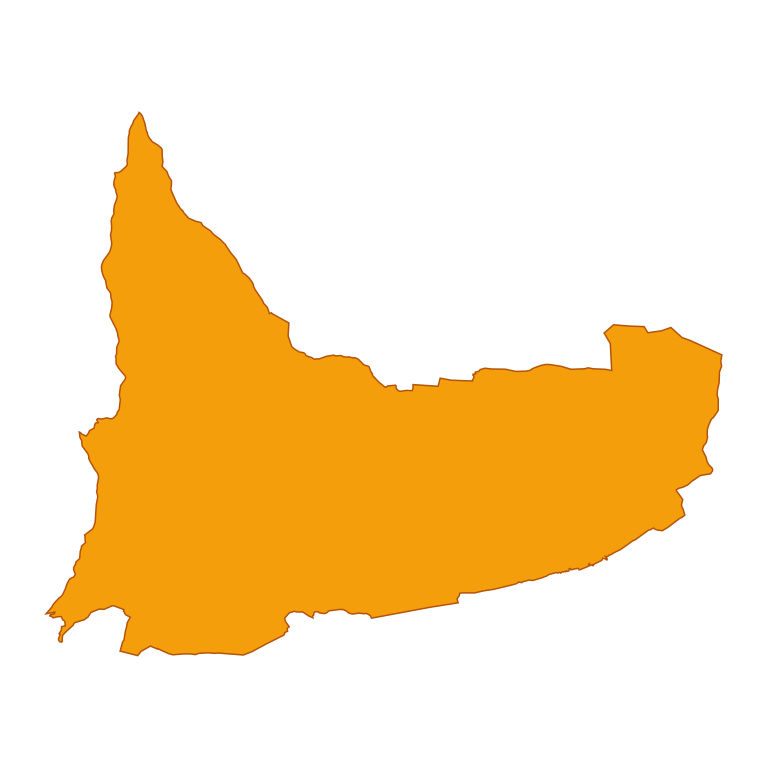 Gradistea, Vâlcea, Romania (Equal Earth projection)
{"feature_id": "2599482B19326472109269", "entity_name": "Gradistea", "entity_type": "district", "adm_level": 2, "iso_a3": "ROU", "parent_name": "Romania", "parent_adm1": "Vâlcea", "projection": "equal_earth", "projection_center": [23.805, 44.907], "detail": "fine", "context": "isolated", "style": "filled", "palette": "amber", "viewbox_px": 768, "rotation_deg": 0, "n_neighbors": 0, "source": "geoboundaries", "source_scale": "gbopen_adm2", "svg_char_len": 6035}
<svg xmlns="http://www.w3.org/2000/svg" viewBox="0 0 768 768"><path d="M157.4,649.0L157.8,648.5L159.6,649.6L169.1,653.8L173.0,654.8L183.2,653.9L190.1,653.9L195.3,654.6L198.5,653.4L208.7,652.8L214.5,653.4L217.7,653.0L243.3,655.0L252.1,651.6L266.5,643.8L283.7,635.2L284.5,634.2L284.7,632.6L287.6,631.2L287.1,628.5L289.2,626.8L285.4,621.4L284.7,618.6L285.1,617.7L289.3,612.8L294.4,611.3L296.4,611.9L302.7,612.0L308.7,615.9L312.9,617.8L312.6,616.7L312.7,615.7L313.7,615.0L313.8,613.4L314.4,612.3L315.2,611.7L318.5,611.8L319.3,612.9L324.4,613.6L326.4,613.0L328.5,611.2L330.0,610.7L339.2,609.5L342.9,609.5L346.7,611.1L348.6,613.0L352.5,614.1L359.0,613.1L363.7,613.7L366.8,613.5L370.0,615.4L370.9,616.6L371.4,618.1L371.9,618.1L429.8,607.3L458.2,602.8L457.0,598.9L459.2,595.8L459.7,593.2L461.9,592.9L474.6,592.9L483.9,590.8L493.3,589.4L514.0,584.4L516.5,583.6L519.0,582.0L521.7,582.7L522.5,581.9L528.9,580.1L532.7,580.5L541.0,578.1L546.8,575.9L549.0,574.5L555.7,572.7L556.7,572.6L557.7,573.1L559.4,572.4L560.7,573.1L562.4,571.7L563.5,572.0L565.2,571.3L565.6,571.7L566.3,571.1L566.9,571.4L568.9,570.9L569.2,568.8L570.4,568.5L571.0,569.8L577.9,568.3L578.7,568.8L579.0,569.8L580.1,569.7L588.1,566.4L589.2,563.6L589.5,563.5L589.8,565.7L592.3,564.8L592.7,565.6L593.3,565.6L593.8,564.3L601.8,560.3L602.8,558.3L604.9,558.7L606.7,559.9L607.1,559.8L607.1,558.8L606.1,558.2L606.5,557.4L605.5,556.4L607.6,556.6L608.8,555.4L611.8,554.2L614.0,552.7L620.6,549.5L632.5,541.0L635.4,539.7L648.4,530.2L650.4,529.7L653.5,528.0L655.1,529.3L657.3,530.0L662.3,530.7L667.7,527.5L679.7,518.4L682.2,517.2L684.8,515.2L683.3,509.7L681.6,506.2L681.6,504.2L682.7,499.5L676.3,490.6L676.3,489.7L679.3,488.1L683.0,487.2L687.9,484.8L691.5,481.5L698.0,477.1L699.0,476.2L701.3,475.3L710.5,473.8L712.4,471.1L712.7,470.1L712.3,468.4L708.8,464.7L706.9,461.3L706.1,457.3L702.5,450.1L702.5,449.3L703.8,445.5L705.6,443.6L706.6,441.6L707.2,438.3L707.7,437.2L707.2,435.2L707.4,429.2L708.9,424.6L711.3,419.3L713.4,417.5L718.2,410.5L718.3,399.1L717.2,395.6L717.2,393.0L717.6,389.3L719.1,382.8L719.5,371.9L721.6,366.1L720.8,361.2L721.9,354.9L690.4,340.6L682.1,337.6L670.9,327.5L661.5,330.8L647.9,332.7L644.1,326.6L629.6,326.1L613.6,324.8L604.1,333.0L610.3,343.6L611.7,370.5L605.4,369.3L593.2,368.8L588.2,367.8L584.3,368.8L571.1,369.3L561.4,366.4L550.1,364.6L546.0,364.4L540.9,365.5L536.3,367.1L532.8,368.5L529.9,370.4L525.6,371.2L515.5,371.4L505.3,369.2L491.5,369.0L484.9,368.2L480.2,369.6L478.9,371.2L475.5,372.0L475.2,372.5L475.3,373.3L475.8,373.6L475.6,373.9L473.1,374.2L472.9,374.9L473.8,375.1L473.5,375.9L473.9,376.9L473.4,378.7L472.5,379.8L472.4,381.0L451.2,380.2L440.2,378.2L438.1,386.3L413.0,384.6L413.0,388.3L412.2,390.7L406.3,390.4L400.5,391.3L398.1,390.6L396.6,389.0L396.1,387.8L396.0,385.6L395.5,385.2L387.8,385.9L385.9,387.2L384.7,386.9L378.6,381.9L372.7,375.6L372.4,374.8L372.5,373.8L371.2,372.3L368.9,366.5L363.8,364.8L358.6,359.5L356.7,358.4L354.8,357.7L352.9,357.9L348.8,356.9L346.8,357.1L343.9,356.8L340.7,355.5L335.4,356.0L334.0,355.1L326.4,356.3L319.0,359.0L316.4,358.8L314.5,359.3L311.6,357.5L308.6,356.7L305.9,355.4L304.9,353.6L303.6,352.7L299.1,351.9L294.0,348.7L291.7,346.5L288.1,336.0L288.9,323.0L272.4,313.8L271.4,312.8L269.5,313.6L267.3,307.3L263.7,303.4L262.4,300.4L255.2,289.8L253.7,286.7L253.2,284.2L252.5,282.7L249.3,278.2L244.8,274.1L242.7,272.9L236.3,259.6L230.2,252.1L225.1,244.3L220.0,239.2L213.7,234.6L210.4,230.8L202.9,225.8L201.1,222.6L195.9,221.3L188.7,218.3L184.0,213.0L182.9,211.0L180.4,208.6L176.6,202.8L171.2,190.4L170.9,188.2L171.4,185.5L171.5,180.7L169.0,177.1L166.9,171.6L162.1,166.4L162.9,161.9L162.2,155.7L162.1,149.5L160.9,147.7L157.6,144.9L152.6,142.0L149.6,138.4L147.9,135.5L147.3,132.5L146.4,130.9L144.8,123.2L142.3,116.0L140.5,113.5L139.0,112.4L138.7,113.6L133.6,120.7L132.7,123.6L131.0,126.6L129.3,130.9L129.3,133.6L128.6,136.1L128.3,138.8L128.1,153.9L127.0,159.9L127.3,164.6L125.8,166.8L120.5,171.5L118.6,172.5L115.0,172.7L114.6,173.3L115.4,176.2L114.2,180.4L113.8,184.2L114.2,186.6L115.7,189.7L116.1,192.4L117.3,196.5L116.3,200.3L114.4,205.3L113.7,210.5L114.0,213.8L111.8,217.9L111.2,220.6L111.6,226.4L111.5,230.5L110.5,235.0L111.7,243.0L111.5,245.7L110.0,251.2L108.5,253.7L103.4,260.6L101.8,264.8L101.4,266.9L102.0,271.8L103.5,276.5L105.6,280.6L106.9,287.9L109.9,291.9L110.7,293.6L110.9,297.2L112.1,302.1L111.8,307.4L110.0,314.6L110.1,316.9L116.1,328.8L117.4,332.6L117.9,336.0L119.1,340.3L119.0,341.7L116.7,347.4L116.6,353.7L115.5,356.6L116.1,358.4L116.0,361.8L116.4,364.4L119.5,369.3L125.2,376.0L125.6,377.7L125.0,379.5L120.6,385.7L119.3,395.0L120.3,399.7L119.2,409.0L118.9,410.1L117.3,412.2L116.8,414.3L114.1,417.4L112.2,418.7L110.4,418.7L106.4,417.9L101.7,419.1L98.5,418.5L97.5,418.8L96.7,420.1L98.1,422.1L98.0,422.9L96.1,422.8L95.4,423.3L94.8,424.4L94.0,428.3L89.6,430.5L88.1,433.7L86.3,435.9L85.5,435.8L81.5,433.9L80.5,432.6L79.3,432.1L80.0,437.5L81.6,440.5L82.0,445.0L82.4,446.4L87.7,453.5L88.7,456.0L88.7,458.3L89.9,461.1L94.8,469.5L97.5,473.1L98.4,475.7L98.5,478.3L97.2,485.1L97.3,488.5L96.6,491.4L97.8,496.7L96.3,504.4L95.2,521.9L93.8,526.7L92.5,529.0L84.6,535.0L85.0,536.2L85.0,539.0L85.5,542.6L81.5,546.1L81.4,547.7L80.2,551.5L79.7,558.2L79.0,559.2L76.0,561.9L75.4,564.3L73.6,567.7L73.7,569.9L75.2,573.8L75.1,575.1L73.5,577.1L70.4,578.5L69.5,579.3L67.2,583.5L65.2,589.2L62.7,594.5L61.1,596.5L59.0,598.0L56.2,601.0L53.4,604.2L51.9,607.0L46.1,613.8L54.8,612.1L54.7,613.1L54.0,613.9L50.3,614.8L49.8,615.9L51.5,616.4L53.1,617.8L58.1,616.7L61.4,616.6L62.5,619.6L64.1,620.7L64.9,621.7L65.2,625.9L61.6,626.6L61.2,630.6L59.1,633.5L59.2,634.0L60.2,634.6L58.5,638.6L58.5,639.9L59.6,641.6L61.1,642.2L62.3,641.5L62.3,637.4L62.8,635.1L65.7,632.0L73.5,624.9L73.7,623.7L74.7,622.7L84.4,619.7L88.0,617.0L90.7,612.7L91.7,612.1L99.2,609.1L104.2,609.3L112.2,605.8L114.3,606.0L123.9,609.6L124.1,610.1L123.4,611.2L124.4,612.2L124.7,613.5L126.3,615.2L130.3,617.1L127.3,622.7L126.2,628.4L125.4,631.2L124.0,639.8L122.5,642.3L120.1,651.1L137.7,655.6L141.1,651.3L150.4,646.1L157.4,649.0Z" fill="#f59e0b" stroke="#b45309" stroke-width="1.5"/></svg>